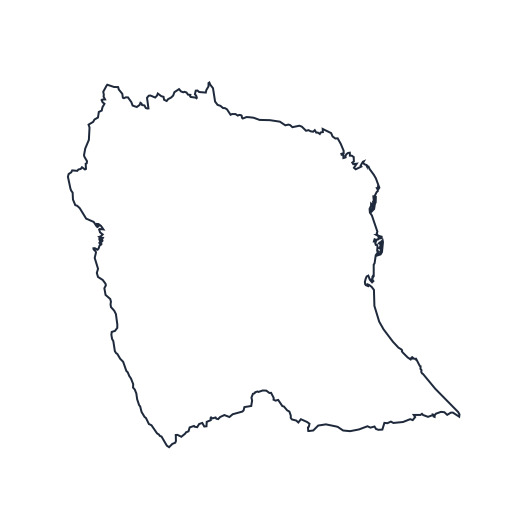 Belo Sur Tsiribihina, Menabe, Madagascar, rotated 169°
{"feature_id": "10022922B50417492685621", "entity_name": "Belo Sur Tsiribihina", "entity_type": "district", "adm_level": 2, "iso_a3": "MDG", "parent_name": "Madagascar", "parent_adm1": "Menabe", "projection": "natural_earth1", "projection_center": [44.851, -19.66], "detail": "fine", "context": "isolated", "style": "outline", "palette": "slate", "viewbox_px": 512, "rotation_deg": 169, "n_neighbors": 0, "source": "geoboundaries", "source_scale": "gbopen_adm2", "svg_char_len": 6087}
<svg xmlns="http://www.w3.org/2000/svg" viewBox="0 0 512 512"><g transform="rotate(169 256 256)"><path d="M87.2,59.5L86.5,61.7L87.3,64.2L105.4,91.5L114.5,108.2L115.4,109.1L115.9,110.8L115.3,112.4L116.1,113.8L115.5,116.3L116.2,116.8L118.4,124.3L119.0,124.0L119.5,124.9L120.6,125.1L122.0,126.9L122.8,126.5L122.6,125.5L123.6,125.6L124.0,125.0L126.5,127.5L130.2,133.0L131.0,134.5L130.6,135.5L131.0,136.4L133.7,138.9L137.9,145.6L144.8,159.7L147.6,168.1L149.3,184.4L146.7,200.2L148.3,203.5L150.4,205.9L151.9,206.9L152.1,206.1L150.9,204.5L153.7,206.4L154.2,207.4L154.1,209.7L152.9,212.3L151.3,214.8L149.5,215.3L148.8,211.1L147.8,209.2L147.1,208.0L145.6,209.0L146.8,211.2L145.9,211.5L145.8,213.2L145.2,213.9L144.8,213.2L144.3,213.7L142.1,225.1L141.0,226.2L138.3,233.9L134.9,237.1L136.1,238.0L134.9,242.1L135.2,244.0L136.3,244.1L136.5,245.9L135.5,247.4L137.5,247.8L136.4,249.8L135.2,249.0L132.9,249.0L132.0,250.5L132.4,252.6L134.0,253.9L132.8,253.9L133.1,255.4L132.2,256.7L134.5,273.6L135.9,276.9L135.5,280.6L133.5,283.3L133.0,285.4L132.1,284.1L132.7,282.6L132.4,282.4L130.8,285.7L130.8,286.9L129.8,288.1L129.4,292.2L128.2,292.1L125.3,295.8L124.2,296.3L123.8,297.9L124.4,299.6L122.9,299.7L123.0,302.1L122.6,298.8L121.9,299.5L123.5,309.3L124.8,313.1L127.9,319.7L128.5,322.3L129.7,322.3L129.6,324.4L130.0,322.9L130.4,324.4L132.0,325.3L133.2,327.2L132.2,328.3L133.1,328.1L136.0,324.8L135.5,323.7L141.6,322.1L143.0,323.9L139.5,327.4L143.0,327.6L143.7,329.3L141.9,330.1L141.2,334.5L142.9,336.2L144.7,336.6L144.2,339.5L146.0,339.6L147.8,338.7L149.1,337.3L149.2,335.8L151.5,335.5L151.0,338.6L152.6,339.0L152.7,340.0L150.3,340.2L149.9,342.6L151.4,349.9L153.4,355.9L155.7,356.2L158.0,358.7L158.8,362.3L166.3,368.0L166.7,364.9L169.0,364.9L170.1,363.6L171.8,365.4L173.3,365.6L174.3,368.3L176.2,367.1L178.6,368.0L180.4,369.5L183.0,369.4L186.3,374.2L188.5,375.6L195.7,375.5L197.4,377.9L199.1,378.8L202.3,378.7L206.9,383.3L216.5,386.7L226.5,388.9L232.0,392.2L236.1,393.5L238.8,394.2L242.7,393.5L243.4,394.4L243.3,396.5L243.9,397.1L245.6,397.7L247.1,397.3L249.0,399.2L252.5,399.9L254.0,399.5L256.5,405.5L258.3,407.1L260.1,407.5L262.3,410.2L264.9,411.7L266.7,415.4L266.2,428.9L268.3,433.1L268.7,435.2L269.6,434.8L270.3,431.5L273.0,428.5L274.1,426.0L280.5,427.8L281.9,429.6L283.6,429.8L285.1,426.4L284.1,424.7L283.9,422.6L284.3,422.2L285.1,423.0L289.8,424.6L290.2,425.4L289.7,426.7L291.9,427.3L293.1,429.8L294.8,430.8L296.2,430.6L298.3,431.9L299.7,434.5L304.8,432.4L306.7,429.3L309.0,427.8L312.4,426.7L314.1,425.2L316.4,426.9L316.4,429.9L318.4,430.9L321.4,434.2L322.5,432.4L324.7,430.8L329.1,433.7L330.7,433.8L332.8,432.1L333.4,421.4L334.6,421.5L336.0,422.4L336.8,425.1L339.0,425.9L339.3,427.5L340.2,428.4L341.4,426.5L344.6,425.0L348.4,427.2L349.0,430.8L351.4,436.1L353.5,436.6L355.5,436.1L356.5,436.8L356.3,440.7L358.9,445.6L359.1,448.1L363.1,449.0L369.3,452.5L370.2,451.7L374.6,446.4L374.6,443.4L375.2,441.5L374.3,438.5L377.1,438.9L377.8,438.5L377.3,436.3L375.7,434.3L378.3,431.4L379.7,428.2L382.8,427.4L384.7,422.1L388.5,420.8L390.3,418.7L395.3,416.9L394.9,413.9L397.9,401.9L403.1,394.1L405.6,387.8L405.5,386.2L403.8,381.3L404.5,379.3L405.6,379.0L406.3,373.9L407.4,373.6L409.9,376.3L411.5,374.9L413.8,374.8L415.2,373.7L420.1,375.1L421.4,373.4L424.3,372.2L425.5,369.6L425.3,357.8L425.0,355.5L423.9,353.2L424.9,346.4L423.7,340.4L421.9,339.4L419.9,336.6L415.6,325.1L408.8,320.4L406.7,315.3L406.0,314.7L405.0,315.3L406.1,316.7L406.0,317.8L404.5,317.4L402.4,315.1L400.7,311.2L404.3,312.3L404.9,312.0L404.6,309.0L402.4,306.4L404.7,304.9L406.3,304.7L405.4,303.6L402.9,303.0L403.4,302.4L406.1,303.0L406.6,302.6L406.4,300.9L404.7,301.4L403.8,300.5L404.1,299.8L407.2,298.7L407.0,298.1L405.5,297.5L405.6,296.9L407.6,296.1L409.1,293.4L410.3,292.4L412.7,294.4L414.1,294.6L414.2,294.0L413.6,292.5L412.6,291.5L412.4,290.0L414.7,284.9L413.5,273.6L415.5,269.7L415.1,265.6L411.0,261.7L409.0,257.5L409.0,255.8L411.0,253.3L411.1,246.5L407.3,241.6L407.1,238.8L408.0,236.4L408.1,233.5L405.6,229.3L404.6,225.7L405.2,215.2L405.9,211.9L408.7,209.4L412.1,209.0L413.0,206.3L413.1,202.1L412.3,199.6L412.7,189.5L411.9,187.4L410.8,186.3L408.9,181.0L406.6,177.5L405.2,167.9L404.1,166.3L403.3,162.4L402.1,159.6L401.0,153.6L401.8,150.3L400.5,148.1L399.7,143.9L400.0,138.1L399.2,131.9L398.4,130.4L398.1,124.8L396.1,119.3L394.9,117.9L393.2,111.5L390.9,109.8L387.0,100.8L385.3,99.2L384.8,97.8L383.2,96.8L379.7,86.8L377.8,84.9L374.0,87.5L370.9,88.1L369.9,89.7L368.9,95.6L367.2,95.4L363.8,92.8L359.3,95.2L358.5,96.2L355.7,96.8L353.8,100.4L349.3,101.0L348.9,100.2L346.4,99.2L343.9,101.9L340.6,102.4L339.3,98.5L337.1,98.3L336.0,102.6L331.7,103.5L331.5,105.6L330.9,106.1L329.9,104.9L326.5,105.2L326.0,103.9L324.3,103.1L321.9,104.8L317.4,105.9L312.8,103.0L309.1,105.1L299.0,105.9L297.6,106.9L296.2,109.9L289.3,109.7L287.4,114.9L287.5,117.8L285.3,121.3L283.6,121.5L282.8,122.4L280.4,122.7L279.5,122.1L275.0,122.7L271.6,121.9L269.0,119.0L267.3,118.8L265.7,113.3L266.2,111.6L264.4,110.3L261.7,110.5L258.8,103.7L257.3,102.9L254.9,98.6L252.9,96.9L252.3,92.6L252.8,90.5L251.9,88.7L247.9,86.8L246.2,84.5L243.1,87.2L237.5,83.3L235.5,81.1L236.8,78.2L237.7,77.8L238.1,74.3L237.6,74.1L233.1,73.8L227.3,77.7L219.5,77.4L209.9,73.4L208.3,72.6L203.8,68.1L199.8,66.9L197.1,66.1L188.0,66.1L179.1,67.6L176.4,65.7L172.2,66.0L171.2,63.3L168.9,62.0L165.1,61.5L161.8,67.7L158.9,66.8L155.2,67.7L153.0,65.9L143.4,65.0L135.8,66.4L133.5,65.0L130.5,67.5L131.5,69.9L124.9,68.6L123.2,69.4L122.3,68.0L117.8,65.3L112.9,66.1L112.8,66.7L112.2,66.4L112.3,64.6L111.4,64.0L111.0,65.6L109.4,66.9L104.1,67.7L100.9,66.7L98.6,63.6L94.5,65.1L92.6,64.7L87.2,59.5ZM134.2,278.9L134.4,277.3L131.1,279.6L129.5,284.1L128.3,285.8L127.1,291.2L127.6,291.3L130.2,286.2L131.0,283.0L134.2,278.9ZM136.6,233.4L133.4,233.8L131.6,235.8L128.7,245.5L128.7,247.3L130.2,246.3L129.8,246.1L130.6,242.2L132.9,236.0L134.3,234.7L135.7,235.0L136.6,233.4ZM131.9,249.6L129.2,249.6L129.0,251.0L132.0,252.5L131.5,250.9L131.9,249.6ZM133.7,240.2L132.9,239.6L132.2,240.5L131.0,242.6L130.8,245.3L132.1,244.6L132.5,245.3L132.9,244.9L131.2,243.6L133.0,240.3L133.7,240.2Z" fill="none" stroke="#1e293b" stroke-width="2"/></g></svg>